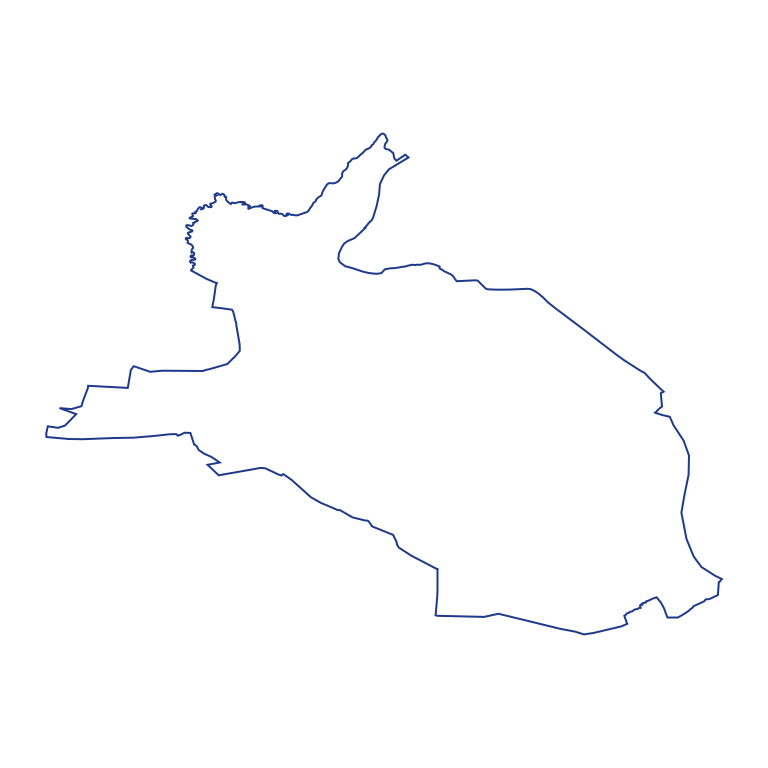 Kuldīga, Kuldigas, Latvia
{"feature_id": "27541924B54151317600079", "entity_name": "Kuldīga", "entity_type": "district", "adm_level": 2, "iso_a3": "LVA", "parent_name": "Latvia", "parent_adm1": "Kuldigas", "projection": "natural_earth1", "projection_center": [21.956, 56.971], "detail": "fine", "context": "isolated", "style": "outline", "palette": "blue", "viewbox_px": 768, "rotation_deg": 0, "n_neighbors": 0, "source": "geoboundaries", "source_scale": "gbopen_adm2", "svg_char_len": 6111}
<svg xmlns="http://www.w3.org/2000/svg" viewBox="0 0 768 768"><path d="M435.6,615.3L437.0,615.8L484.1,616.9L498.3,613.8L499.0,613.9L560.2,628.8L575.4,631.7L583.9,634.4L593.4,633.0L621.3,626.4L627.2,623.8L624.3,615.8L626.0,614.6L626.7,613.5L629.4,612.5L629.9,611.9L632.4,611.3L634.0,609.9L635.5,609.2L637.2,609.2L639.3,607.8L640.2,608.1L640.6,607.9L640.1,605.4L640.8,604.6L641.4,604.3L642.1,604.9L642.4,604.8L642.4,603.4L643.2,602.9L644.0,603.0L645.9,602.4L645.9,601.7L646.4,601.2L647.4,601.1L653.5,598.3L656.6,597.3L660.7,602.3L663.2,606.7L664.3,609.0L667.4,617.5L677.8,617.5L681.5,615.5L686.8,612.2L689.1,610.5L689.8,609.7L692.8,607.5L693.4,606.3L704.2,601.3L705.6,599.4L709.3,599.1L717.9,595.1L718.8,582.2L719.3,582.1L721.9,579.0L715.3,575.9L701.4,567.0L693.7,556.5L686.5,539.0L681.4,512.7L684.4,495.2L688.6,474.7L689.0,455.5L683.6,440.6L673.6,425.4L669.8,416.8L662.2,415.0L655.1,412.7L660.0,408.0L662.0,406.6L660.8,393.2L663.6,391.7L654.4,383.0L649.0,377.7L644.7,373.0L639.6,370.2L632.9,365.9L624.5,360.5L617.6,355.6L582.7,328.8L554.9,307.9L548.1,302.5L543.4,297.8L539.3,294.2L535.6,291.5L531.4,289.5L529.9,289.0L527.4,288.8L509.5,289.6L497.3,289.7L487.5,289.3L486.0,288.7L484.9,287.8L477.8,280.7L475.5,280.3L456.7,281.2L454.4,278.3L453.9,277.2L452.3,275.4L451.1,274.5L443.7,271.0L442.3,269.8L439.8,268.6L439.4,267.8L439.7,266.6L437.2,265.5L433.2,264.2L429.4,263.3L425.9,263.3L420.5,264.8L416.8,264.7L415.4,265.1L412.4,264.7L407.8,265.7L405.0,266.6L403.4,266.6L400.5,267.2L394.7,268.1L390.4,268.3L385.3,269.2L384.7,269.5L381.4,273.1L377.0,273.8L371.7,273.4L367.8,272.8L362.2,271.4L352.3,268.1L345.1,266.2L339.6,262.0L338.3,258.7L339.0,253.2L341.9,247.0L344.3,243.4L347.8,241.0L354.5,238.1L365.4,227.9L364.8,227.6L366.4,226.0L368.8,222.9L371.8,220.1L373.0,217.8L376.6,206.2L379.1,194.5L379.9,184.2L384.1,175.2L389.1,169.2L408.5,157.5L405.2,154.7L396.5,160.7L394.9,159.1L394.3,158.2L393.3,153.2L389.1,149.7L385.9,149.0L384.7,148.1L384.5,146.7L385.3,143.7L387.2,141.3L387.5,139.9L385.9,137.3L385.5,135.4L384.1,134.1L382.7,133.6L381.5,133.8L380.5,134.6L379.8,135.5L378.3,136.8L375.9,140.7L374.6,141.8L373.3,144.2L371.9,145.1L370.6,147.2L368.9,148.4L366.5,149.3L365.1,150.3L362.8,152.9L360.7,154.5L357.4,157.7L355.7,158.4L353.9,158.5L352.3,158.9L349.8,161.8L348.1,162.9L347.9,163.4L348.1,164.7L347.9,165.9L347.3,167.4L346.4,169.0L343.6,171.0L342.6,172.3L342.1,173.6L342.2,175.9L341.8,177.0L340.1,178.9L339.0,180.8L335.9,182.7L333.2,183.4L329.4,183.1L328.4,183.4L326.7,184.9L323.5,190.1L322.3,192.5L321.9,194.2L321.2,195.7L318.5,197.2L317.1,198.6L316.2,199.5L316.0,200.6L315.5,201.4L313.9,202.5L312.9,203.6L312.4,205.2L310.1,208.1L308.6,210.7L307.1,212.0L297.5,215.3L295.1,215.3L293.2,214.8L291.1,214.9L288.4,213.5L287.4,213.5L286.7,214.0L287.9,214.7L287.9,215.0L286.4,215.8L284.6,216.0L283.9,215.8L282.6,214.3L281.8,214.0L281.0,213.7L279.1,213.8L278.4,213.4L277.8,212.9L277.7,211.4L277.0,210.9L275.8,210.8L274.8,211.0L274.7,211.4L275.6,213.1L274.5,213.1L273.7,212.8L272.8,211.7L272.1,211.2L263.0,208.3L262.6,208.0L262.5,207.4L262.7,205.9L262.5,205.5L261.9,205.2L260.7,205.2L260.0,205.5L260.8,206.4L254.9,206.6L253.4,206.9L248.6,208.8L248.3,208.6L248.4,206.4L249.8,206.1L249.7,205.8L246.5,204.4L242.5,204.5L242.4,204.3L244.6,203.3L245.0,202.8L244.8,202.4L243.4,202.0L240.1,202.0L238.0,202.3L235.2,203.2L232.2,202.6L231.8,202.8L231.1,203.9L230.7,204.0L227.7,201.7L226.3,200.1L226.1,199.6L226.2,197.4L226.0,196.9L225.8,196.6L224.7,196.8L224.5,196.3L224.3,194.9L224.0,194.5L222.6,193.8L222.1,193.9L220.3,195.0L219.7,194.8L217.5,193.2L216.8,193.3L214.9,194.5L216.5,195.5L214.7,196.2L214.7,197.2L215.2,199.5L215.8,200.8L215.6,201.5L214.7,202.2L212.6,203.3L210.5,203.6L210.3,204.1L210.4,204.8L211.7,206.4L211.5,206.9L210.5,207.2L208.3,207.0L206.3,205.1L204.9,205.2L204.0,205.7L203.8,206.2L203.9,207.7L203.7,208.3L203.3,208.7L201.2,209.2L201.6,207.7L200.0,207.2L199.4,207.3L197.8,209.0L197.0,210.8L195.4,211.9L195.9,212.9L195.4,213.2L193.0,213.4L192.3,213.7L192.3,214.3L192.9,215.6L193.0,216.0L192.6,216.4L190.0,217.7L189.6,218.2L189.9,218.5L195.9,219.1L197.4,220.0L197.7,220.6L197.3,221.0L194.9,221.9L194.6,222.5L193.1,223.0L193.6,223.9L193.2,224.7L192.4,225.5L191.9,225.8L190.9,225.9L187.9,225.1L187.1,225.1L186.4,225.4L186.2,226.0L186.4,226.8L187.9,228.2L189.6,229.4L192.1,230.3L192.4,230.7L192.0,231.5L188.3,232.6L187.9,233.0L187.9,233.4L188.1,233.9L190.3,236.2L190.5,236.7L190.4,237.3L189.4,238.1L188.8,238.2L186.4,238.0L185.9,238.1L185.8,238.5L185.8,239.0L186.1,239.3L187.0,239.6L187.9,240.9L188.0,241.3L187.5,242.7L187.9,243.1L191.2,244.5L192.8,246.4L193.1,247.3L193.1,247.8L192.1,249.0L191.6,250.4L191.4,251.6L191.6,252.6L192.9,252.2L193.6,252.5L194.0,253.0L194.2,253.9L194.1,254.7L193.4,255.3L191.8,255.4L190.9,255.8L190.5,256.3L190.5,256.8L190.7,257.1L192.2,257.0L193.7,257.6L195.1,258.5L195.4,258.9L195.2,259.4L194.6,259.7L193.5,259.9L191.8,259.6L190.2,261.0L190.1,261.8L190.6,262.6L192.0,262.2L194.2,263.2L194.8,263.8L194.9,264.3L194.7,264.8L192.9,265.6L192.9,265.9L193.5,267.0L193.3,267.7L191.0,270.2L191.0,270.4L206.4,278.8L215.4,282.7L216.9,283.0L215.8,285.4L213.8,299.4L212.3,307.1L224.3,308.6L231.9,309.7L233.1,311.4L236.4,324.4L236.3,325.1L239.6,344.1L239.8,350.8L235.9,355.5L227.4,364.0L209.7,369.1L204.7,370.2L203.4,371.0L162.3,370.7L150.1,371.8L133.8,366.2L130.9,369.8L127.8,387.9L88.1,385.8L88.0,386.3L88.1,387.4L83.4,399.8L81.4,406.2L71.4,409.1L59.5,408.1L76.2,414.1L65.0,425.6L58.1,427.8L47.8,426.3L46.1,434.2L46.3,434.6L46.5,437.0L68.6,439.0L82.7,439.2L114.2,438.0L133.3,437.7L154.7,435.9L168.2,434.4L173.5,434.1L176.4,434.2L177.8,435.7L181.4,434.4L183.7,433.1L185.1,432.7L190.4,433.0L194.1,444.3L194.3,444.2L195.1,445.0L196.9,446.4L198.6,449.9L204.1,453.7L211.4,456.9L219.7,462.5L207.6,464.8L218.7,475.3L260.6,467.9L265.3,468.3L278.5,474.5L281.5,475.5L283.0,474.1L284.5,474.9L291.6,479.9L311.0,497.3L320.7,502.8L337.8,510.1L339.7,510.0L352.6,517.4L365.2,520.5L367.7,520.7L368.6,521.3L370.7,524.2L371.8,525.9L371.8,526.3L393.1,534.9L396.6,541.9L396.9,544.3L398.8,547.6L411.5,555.8L436.5,568.8L437.5,568.9L437.5,589.9L437.3,595.9L435.6,615.3Z" fill="none" stroke="#1e3a8a" stroke-width="2"/></svg>